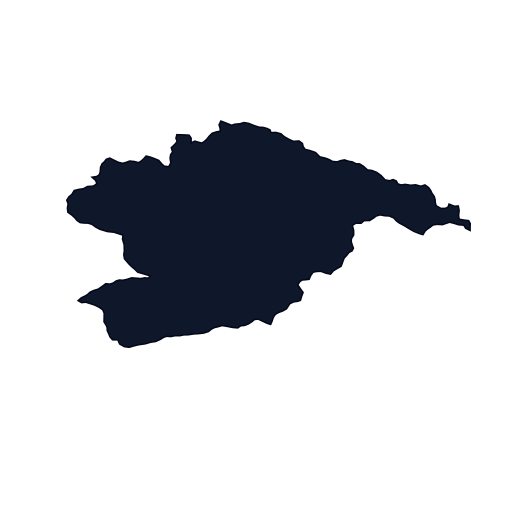 the district of Arcos, Minas Gerais, Brazil, rotated 107°
{"feature_id": "56859067B46067888754995", "entity_name": "Arcos", "entity_type": "district", "adm_level": 2, "iso_a3": "BRA", "parent_name": "Brazil", "parent_adm1": "Minas Gerais", "projection": "equal_earth", "projection_center": [-45.55, -20.235], "detail": "fine", "context": "isolated", "style": "filled", "palette": "ink", "viewbox_px": 512, "rotation_deg": 107, "n_neighbors": 0, "source": "geoboundaries", "source_scale": "gbopen_adm2", "svg_char_len": 3806}
<svg xmlns="http://www.w3.org/2000/svg" viewBox="0 0 512 512"><g transform="rotate(107 256 256)"><path d="M317.2,222.0L313.9,221.6L310.3,221.5L307.5,221.0L305.1,219.6L302.9,217.2L300.8,214.4L297.6,211.4L291.8,209.7L288.8,206.5L287.2,202.9L285.4,200.5L281.7,200.6L277.1,200.3L274.7,203.5L271.4,207.6L268.0,206.7L265.6,205.0L264.2,201.6L262.8,198.4L258.9,198.0L254.8,196.7L253.0,193.3L251.7,189.4L252.0,184.1L251.6,179.4L247.6,177.7L243.7,174.3L241.1,171.7L238.0,171.4L235.3,171.3L232.3,171.1L228.8,169.4L225.4,168.1L223.0,165.6L220.0,165.1L217.2,167.3L214.2,169.2L211.4,169.8L207.4,168.7L203.2,170.0L198.5,172.8L195.4,170.0L194.0,165.1L190.6,163.0L188.9,157.7L185.4,154.7L182.6,152.7L180.4,149.3L179.9,144.7L178.8,140.4L179.3,135.5L181.5,131.8L182.6,128.5L183.6,123.3L185.0,117.8L186.3,112.2L186.8,106.2L186.8,102.6L182.6,101.5L180.2,100.0L177.6,97.9L174.6,95.8L172.8,92.1L171.5,86.8L169.3,83.8L167.1,80.7L166.9,76.4L166.9,71.2L165.8,66.3L168.2,63.6L169.0,58.7L165.8,59.7L162.3,60.6L160.0,63.0L160.8,67.7L161.4,72.5L158.2,74.0L152.9,75.1L149.0,77.2L150.4,80.8L149.9,86.6L152.9,86.6L155.0,88.7L156.4,93.0L155.3,98.3L152.8,100.0L149.5,101.3L146.9,103.0L144.7,105.9L142.2,108.2L140.1,110.9L138.6,115.2L141.1,118.8L141.2,124.1L143.1,128.8L143.9,134.4L145.6,137.9L145.6,141.4L143.2,143.8L142.8,147.2L144.9,150.2L145.5,154.7L142.5,159.9L140.7,165.1L140.3,170.3L141.1,174.5L138.8,179.4L137.6,183.8L138.5,187.3L137.8,191.5L138.3,195.0L138.2,199.5L140.0,202.9L142.2,205.9L143.2,210.5L142.4,214.0L142.1,218.1L142.5,224.0L139.6,229.3L139.4,235.2L139.6,240.4L137.5,242.9L134.8,244.5L133.4,248.5L135.4,253.7L134.8,258.4L133.6,263.9L131.8,268.0L132.0,273.1L133.6,277.8L131.3,279.5L130.8,282.9L130.9,286.6L131.9,290.8L131.8,296.0L131.3,301.9L131.9,306.6L134.1,309.8L136.2,314.9L138.1,317.5L137.6,323.6L137.2,329.1L141.3,329.7L144.4,327.7L147.0,326.6L149.1,330.5L151.4,333.8L154.9,335.7L158.9,337.3L161.7,339.0L163.8,340.8L164.0,344.4L164.0,348.1L166.7,351.1L162.2,352.5L160.0,355.3L160.8,358.7L161.8,362.5L163.1,367.2L166.8,367.0L169.5,364.9L172.6,366.1L177.2,368.7L180.9,366.2L184.0,367.3L187.5,366.8L191.9,364.7L196.1,365.6L196.9,370.0L195.5,373.0L193.0,376.9L192.5,382.0L192.3,385.8L192.5,390.3L195.4,391.6L198.4,393.3L201.0,395.5L201.2,400.1L202.1,404.6L204.6,407.8L206.4,410.8L206.6,415.1L205.9,419.8L205.1,424.5L207.3,427.5L210.1,428.5L212.9,430.2L216.7,430.6L221.1,429.6L224.0,429.6L226.5,431.5L228.6,435.9L230.6,431.5L233.4,429.3L236.7,432.0L238.8,437.5L242.1,440.7L243.9,444.6L246.5,449.0L250.9,450.1L254.0,452.2L257.9,453.3L261.2,450.9L265.3,450.4L269.2,448.7L270.7,444.1L272.5,440.3L274.4,437.5L275.5,433.9L274.7,429.8L273.7,426.4L273.7,422.1L275.1,418.1L276.1,413.4L276.1,409.5L276.1,405.4L274.8,398.6L275.0,389.3L278.9,388.6L283.8,385.4L289.4,383.5L293.5,382.8L297.1,381.0L299.2,377.7L300.9,375.0L302.5,371.9L304.1,368.1L306.1,364.3L306.0,360.0L306.0,356.4L306.0,351.2L308.6,352.5L309.4,356.1L311.2,359.5L312.1,363.6L313.2,368.5L316.0,372.5L318.0,376.0L319.0,379.9L320.9,382.6L323.5,384.6L325.6,387.5L326.4,391.6L328.8,393.3L331.0,395.0L333.8,397.2L336.5,401.2L339.2,404.2L341.6,405.5L343.8,407.3L347.0,410.8L350.7,413.1L351.6,409.1L350.0,405.4L350.0,401.0L350.1,396.1L350.8,391.4L352.2,386.9L355.0,384.5L359.5,383.2L363.4,382.1L365.9,379.2L368.0,377.4L370.6,376.6L373.5,374.1L376.1,371.9L378.1,368.7L376.6,363.6L380.0,360.7L381.2,355.5L380.4,350.6L377.7,346.5L375.3,342.5L372.4,336.3L369.2,331.4L367.1,326.9L363.7,323.1L360.7,320.5L358.9,317.9L358.0,314.0L356.0,310.3L354.5,305.5L352.6,302.1L351.3,298.1L348.7,292.6L346.9,287.8L344.9,283.3L342.1,279.3L338.9,277.2L336.6,274.8L334.7,271.5L332.5,268.2L331.8,263.5L331.2,257.5L330.1,252.4L327.2,250.2L325.8,246.7L323.2,243.4L319.9,240.6L317.3,239.0L315.7,235.5L316.5,230.2L317.1,225.9L317.2,222.0Z" fill="#0f172a" stroke="#020617" stroke-width="1.5"/></g></svg>